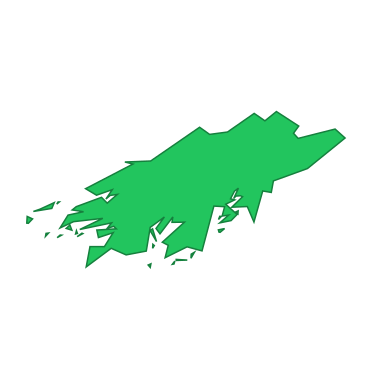 the district of Conamara North Lea-4, Galway, Ireland, rotated 332°
{"feature_id": "5873133B12097804140145", "entity_name": "Conamara North Lea-4", "entity_type": "district", "adm_level": 2, "iso_a3": "IRL", "parent_name": "Ireland", "parent_adm1": "Galway", "projection": "natural_earth1", "projection_center": [-9.915, 53.454], "detail": "medium", "context": "isolated", "style": "filled", "palette": "green", "viewbox_px": 384, "rotation_deg": 332, "n_neighbors": 0, "source": "geoboundaries", "source_scale": "gbopen_adm2", "svg_char_len": 1940}
<svg xmlns="http://www.w3.org/2000/svg" viewBox="0 0 384 384"><g transform="rotate(332 192 192)"><path d="M317.2,183.9L304.3,160.6L289.8,163.4L283.8,151.8L251.5,155.7L234.6,149.4L229.1,138.4L170.0,145.2L146.8,134.0L153.0,139.6L99.6,139.1L106.2,150.0L122.7,152.5L112.7,157.8L118.1,156.6L125.0,159.1L111.9,162.0L109.6,154.2L82.9,150.6L77.8,151.6L87.0,158.5L71.7,154.2L58.6,161.8L73.5,162.6L100.9,173.4L75.3,172.4L106.5,181.5L100.2,184.2L106.8,185.6L107.9,189.0L90.1,180.9L88.0,188.3L103.3,190.9L89.0,199.1L76.3,192.3L63.4,208.5L94.2,203.8L104.3,216.6L123.9,222.7L138.5,203.6L155.9,201.1L143.1,207.3L144.1,213.9L163.4,205.0L160.1,209.4L171.2,215.1L142.2,222.4L146.0,227.9L137.4,237.4L161.9,238.1L173.2,248.7L204.7,214.7L213.9,220.3L207.3,227.4L213.6,229.6L202.0,232.3L213.1,235.6L221.3,233.0L216.0,218.6L226.0,219.0L222.8,216.1L229.9,211.2L234.8,210.4L225.8,217.3L228.8,216.2L233.1,218.1L234.4,219.9L220.0,224.1L234.0,230.8L232.6,247.6L254.9,224.3L261.8,229.6L269.1,220.4L305.0,225.5L352.5,216.2L347.9,203.6L310.9,194.5L309.2,187.8L317.2,183.9ZM65.4,136.7L49.9,135.8L42.8,134.7L60.5,140.7L65.4,136.7ZM137.4,219.1L139.9,206.0L136.9,206.4L137.4,219.1ZM38.6,140.9L35.0,136.2L31.5,141.9L32.8,142.8L38.6,140.9ZM155.9,249.9L146.4,244.1L145.9,245.0L155.9,249.9ZM68.0,169.3L68.7,163.8L63.8,165.1L68.0,169.3ZM203.6,239.6L197.5,237.8L197.0,240.1L197.9,240.8L203.6,239.6ZM165.9,246.3L162.1,246.5L160.0,250.0L165.9,246.3ZM75.5,176.7L69.6,177.5L76.1,177.5L75.5,176.7ZM119.0,235.9L119.7,239.0L122.0,236.1L119.0,235.9ZM71.4,174.8L71.8,171.9L69.5,174.4L71.4,174.8ZM132.9,219.8L130.8,223.2L133.6,221.6L132.9,219.8ZM223.9,230.3L220.8,230.1L222.2,233.0L223.9,230.3ZM142.3,247.1L144.4,244.9L140.7,246.6L142.3,247.1ZM46.1,160.9L43.7,160.0L41.8,162.4L46.1,160.9ZM205.1,226.5L202.5,228.7L206.5,227.3L205.1,226.5ZM55.4,168.1L51.5,169.0L56.6,168.9L55.4,168.1ZM69.1,137.9L66.9,139.2L70.2,138.5L69.1,137.9Z" fill="#22c55e" stroke="#15803d" stroke-width="1.5"/></g></svg>